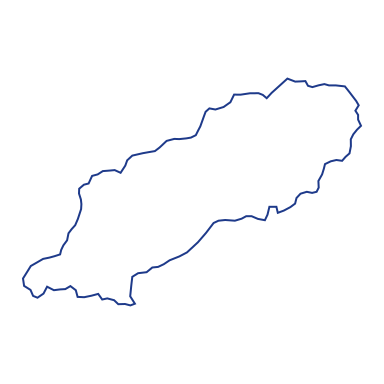 Nova Europa, São Paulo, Brazil (orthographic projection)
{"feature_id": "56859067B62446917197419", "entity_name": "Nova Europa", "entity_type": "district", "adm_level": 2, "iso_a3": "BRA", "parent_name": "Brazil", "parent_adm1": "São Paulo", "projection": "orthographic", "projection_center": [-48.554, -21.778], "detail": "fine", "context": "isolated", "style": "outline", "palette": "blue", "viewbox_px": 384, "rotation_deg": 0, "n_neighbors": 0, "source": "geoboundaries", "source_scale": "gbopen_adm2", "svg_char_len": 1832}
<svg xmlns="http://www.w3.org/2000/svg" viewBox="0 0 384 384"><path d="M134.9,303.7L130.2,296.3L131.3,285.3L132.3,276.8L138.1,273.2L146.6,272.2L152.3,267.5L158.1,266.9L163.8,264.2L169.6,260.3L179.4,256.4L187.0,252.4L197.9,242.3L206.1,232.8L213.6,223.0L218.5,220.7L225.2,220.0L234.9,220.7L241.6,218.7L246.2,216.2L251.6,216.2L257.9,218.9L264.9,220.2L267.5,214.7L269.4,206.8L276.4,206.8L277.8,212.8L283.8,210.6L290.4,207.1L295.1,203.6L296.5,198.0L300.5,193.7L306.8,191.8L312.1,192.9L316.6,191.8L318.7,187.6L318.4,181.0L322.1,174.4L323.8,168.9L325.0,164.1L330.8,161.3L336.4,160.0L342.1,160.8L345.6,156.8L349.5,153.4L350.9,146.2L350.8,139.3L353.3,134.3L357.0,129.7L361.0,125.8L358.1,119.6L358.1,114.9L355.4,110.7L358.7,105.3L356.2,101.0L349.5,92.2L344.9,86.4L335.8,85.4L329.0,85.4L324.4,84.1L318.7,85.3L312.4,87.1L308.0,85.8L305.4,81.1L300.3,81.4L295.2,81.6L287.4,78.6L283.0,82.6L271.6,92.9L266.7,98.2L262.8,94.9L258.5,93.2L249.8,93.3L240.4,94.7L234.1,94.6L230.4,102.2L223.6,107.0L215.4,109.5L209.4,108.4L205.6,111.8L204.0,116.1L202.1,121.4L200.3,126.4L198.2,130.4L195.8,135.2L190.9,137.6L186.2,138.4L179.2,139.1L174.3,138.9L166.6,140.9L159.6,147.5L154.9,151.1L148.4,152.2L142.8,153.2L132.3,155.6L127.2,160.3L125.3,165.6L120.6,172.8L114.7,170.1L109.3,170.6L102.8,171.1L97.7,174.4L92.1,175.9L88.6,183.5L83.9,184.7L79.2,188.7L79.0,193.5L80.9,199.5L81.4,204.1L81.1,209.1L77.9,218.9L75.2,225.2L71.6,229.2L68.5,233.3L67.1,240.3L63.4,245.3L61.2,249.9L60.1,254.4L54.5,256.2L49.4,257.6L43.1,258.9L36.9,262.5L30.8,266.0L27.4,271.5L23.0,278.5L24.1,285.9L30.5,289.9L33.1,295.9L37.5,297.7L43.5,293.6L47.1,286.7L53.9,290.2L60.2,289.4L65.3,289.1L70.4,286.1L75.8,290.2L77.6,296.9L84.2,297.2L91.5,295.7L98.2,293.9L102.2,299.5L107.3,298.4L114.1,300.2L118.3,304.2L125.0,304.0L130.4,305.4L134.9,303.7Z" fill="none" stroke="#1e3a8a" stroke-width="2"/></svg>